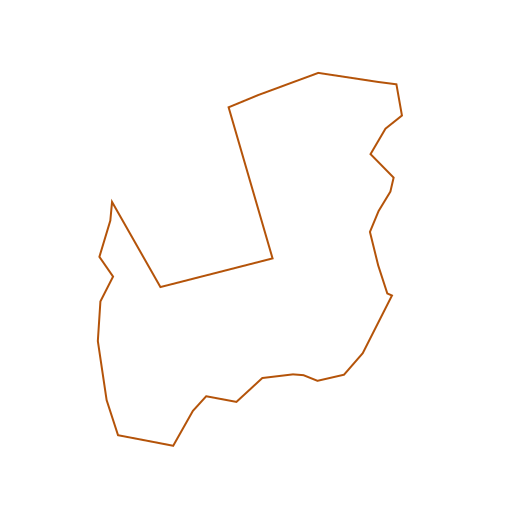 Yangcheon-gu, Seoul, South Korea (Mercator projection), rotated 342°
{"feature_id": "91817680B8017156108400", "entity_name": "Yangcheon-gu", "entity_type": "district", "adm_level": 2, "iso_a3": "KOR", "parent_name": "South Korea", "parent_adm1": "Seoul", "projection": "mercator", "projection_center": [126.864, 37.519], "detail": "fine", "context": "isolated", "style": "outline", "palette": "amber", "viewbox_px": 512, "rotation_deg": 342, "n_neighbors": 0, "source": "geoboundaries", "source_scale": "gbopen_adm2", "svg_char_len": 593}
<svg xmlns="http://www.w3.org/2000/svg" viewBox="0 0 512 512"><g transform="rotate(342 256 256)"><path d="M69.4,383.8L118.6,410.9L148.1,383.8L165.3,374.0L192.3,388.7L224.3,374.0L254.6,380.0L264.3,384.0L275.9,393.7L303.0,396.1L327.5,381.4L373.1,335.6L369.3,332.2L369.3,302.7L371.8,268.3L386.5,251.1L403.7,236.3L411.1,224.0L396.4,194.5L418.5,174.9L438.2,167.5L442.6,136.1L425.9,128.2L371.8,101.1L307.9,103.6L275.9,106.1L271.0,263.4L155.5,256.0L135.8,160.1L128.4,177.3L106.8,208.4L113.7,231.4L94.0,251.1L79.3,288.0L69.4,346.9L69.4,383.8Z" fill="none" stroke="#b45309" stroke-width="2"/></g></svg>